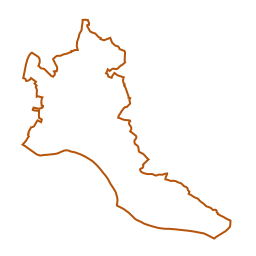 Campo De La Cruz, Atlántico, Colombia, rotated 93°
{"feature_id": "7082276B53254947845178", "entity_name": "Campo De La Cruz", "entity_type": "district", "adm_level": 2, "iso_a3": "COL", "parent_name": "Colombia", "parent_adm1": "Atlántico", "projection": "orthographic", "projection_center": [-74.896, 10.416], "detail": "fine", "context": "isolated", "style": "outline", "palette": "amber", "viewbox_px": 256, "rotation_deg": 93, "n_neighbors": 0, "source": "geoboundaries", "source_scale": "gbopen_adm2", "svg_char_len": 5822}
<svg xmlns="http://www.w3.org/2000/svg" viewBox="0 0 256 256"><g transform="rotate(93 128 128)"><path d="M83.7,235.2L83.9,234.1L84.3,233.1L85.9,232.3L86.3,232.2L86.3,231.7L86.1,230.7L85.7,229.8L85.0,228.8L84.6,228.3L83.2,227.5L86.7,222.3L87.6,222.9L88.5,223.7L90.5,221.4L91.9,222.3L93.9,221.3L95.0,220.9L95.7,220.9L96.9,221.0L101.5,220.8L101.0,219.9L101.9,215.1L102.7,215.5L103.6,215.7L104.4,215.8L107.4,215.9L109.5,215.4L110.2,215.4L110.4,215.3L110.5,215.1L110.4,214.9L110.2,214.4L110.2,214.2L110.4,214.0L111.0,214.0L111.7,214.3L112.5,215.0L112.8,215.8L112.8,216.6L113.0,216.9L113.5,217.3L112.6,223.4L114.9,224.1L115.1,223.7L115.4,221.9L115.6,217.7L119.1,217.7L121.5,217.5L122.5,217.4L124.0,214.5L126.7,215.1L125.1,218.8L131.1,221.9L131.8,222.8L132.5,224.9L137.0,227.0L137.3,227.0L139.4,227.4L139.4,227.2L140.2,227.5L141.6,226.6L142.5,227.3L146.3,229.3L150.1,232.4L151.4,229.9L159.0,218.0L159.8,215.8L160.1,214.2L159.3,210.2L159.1,208.2L157.9,200.4L157.1,197.1L154.5,191.9L153.8,190.2L153.6,189.1L153.5,187.6L153.7,186.2L154.0,185.0L154.5,183.8L155.1,179.6L156.8,174.0L158.9,169.1L161.8,163.7L163.1,161.6L164.2,160.2L166.4,157.6L170.2,153.8L172.1,152.1L173.8,150.7L176.2,148.4L178.7,146.3L180.3,145.2L184.6,142.6L189.1,139.3L191.0,138.0L192.5,137.1L194.0,136.4L196.5,135.7L197.5,135.3L199.0,135.0L200.5,134.7L202.8,134.8L206.0,135.1L208.5,129.4L209.3,127.8L212.6,122.8L216.7,118.0L218.3,116.3L219.5,114.2L220.9,110.5L222.7,106.8L223.8,103.1L225.6,95.7L226.2,92.3L226.5,89.6L226.7,85.9L226.5,82.0L226.7,75.3L227.5,61.3L228.0,56.4L229.3,46.7L231.4,41.6L233.9,36.2L231.7,33.6L226.0,25.3L224.4,23.7L222.0,21.5L221.3,21.1L219.4,20.8L215.1,20.8L213.4,25.1L211.8,28.0L210.6,31.1L210.0,32.1L209.8,32.2L209.7,33.0L209.3,33.8L208.3,33.9L208.1,34.0L207.9,34.6L207.7,34.9L206.9,35.1L206.3,35.1L205.7,35.3L205.5,35.5L205.0,36.9L205.1,37.3L205.4,38.1L205.3,38.8L205.2,39.1L204.8,39.6L203.5,41.2L203.2,41.7L203.0,42.8L202.6,43.5L202.4,44.8L202.1,45.5L201.8,46.1L200.6,47.4L199.1,49.3L199.1,49.5L198.3,50.7L197.0,52.5L196.1,53.4L195.2,54.0L193.4,58.6L191.7,61.4L191.0,63.1L190.5,64.0L188.4,63.3L187.9,63.8L187.6,64.3L187.0,64.8L185.9,65.3L185.0,65.5L184.6,65.8L183.8,67.1L183.0,69.3L182.7,69.6L182.3,70.0L181.4,70.9L180.7,71.8L180.3,72.4L180.2,73.3L179.7,74.8L179.6,75.4L178.7,77.2L178.6,77.5L178.4,78.9L178.4,80.1L178.5,82.2L178.6,82.8L177.9,84.8L177.6,86.2L177.3,88.0L175.2,87.8L172.6,86.7L171.4,86.6L171.7,88.3L172.0,89.3L172.7,90.7L172.8,91.3L172.9,92.9L172.9,94.7L173.2,95.6L173.7,96.4L174.0,97.5L173.7,98.9L172.7,101.3L172.7,101.8L172.7,102.8L173.0,105.1L172.8,107.3L172.6,108.6L171.8,111.1L171.4,112.0L170.5,113.1L169.2,113.7L168.8,113.8L168.5,113.7L168.3,113.6L167.9,113.2L167.7,112.5L167.1,111.4L166.7,111.1L165.9,110.8L165.1,110.7L164.4,110.9L163.8,111.1L158.3,105.9L158.0,106.4L157.3,107.1L156.2,108.3L154.3,110.1L153.0,111.6L152.7,112.4L152.6,112.8L152.2,113.3L151.9,114.2L151.6,115.1L151.4,115.4L150.7,115.9L150.3,116.1L147.8,116.4L146.7,116.7L145.9,117.1L145.4,117.5L144.4,118.7L143.7,120.0L143.4,120.3L141.9,120.8L140.8,120.9L139.8,120.7L139.2,120.3L138.8,119.9L137.8,119.4L137.4,119.2L136.7,119.1L136.2,119.2L135.5,119.6L135.2,119.8L134.3,121.2L133.2,122.7L132.9,123.2L132.3,124.0L131.3,125.7L130.5,125.2L129.1,124.7L128.8,124.7L127.9,124.7L127.0,125.0L126.2,125.4L125.0,126.5L123.7,127.2L122.2,127.1L121.7,126.9L121.1,126.2L120.5,126.5L120.3,127.3L120.3,127.9L120.2,128.3L120.2,129.8L120.0,132.7L119.5,134.2L118.7,136.4L118.2,138.4L116.9,138.1L116.0,137.7L113.4,136.2L111.5,135.3L110.2,134.3L108.5,133.3L108.1,132.8L108.0,132.5L107.6,132.3L107.3,132.0L107.2,131.5L107.2,130.8L107.0,130.2L106.5,129.7L105.8,129.2L104.5,128.0L104.2,127.7L103.8,127.4L103.5,127.1L99.8,128.1L98.1,127.4L97.8,129.1L96.5,129.1L95.6,129.4L93.6,130.3L88.2,132.5L86.9,133.2L85.7,133.6L84.5,133.7L84.5,133.8L84.8,134.1L84.4,134.1L83.4,134.7L81.6,135.4L80.7,135.4L78.2,135.2L77.9,135.2L77.6,135.0L75.9,141.3L73.7,144.4L76.6,146.3L78.7,147.0L77.6,150.4L75.1,151.3L74.5,152.8L72.6,151.9L70.5,151.3L70.7,151.0L71.3,150.2L72.0,149.2L70.2,147.3L69.7,146.4L69.5,145.9L69.8,143.2L69.8,142.7L69.6,142.1L69.3,141.7L68.5,140.8L66.0,138.5L65.9,138.4L65.8,137.8L65.7,137.5L64.9,136.7L62.6,134.3L61.7,134.7L60.5,134.9L57.2,134.9L53.4,134.9L52.6,134.9L52.0,135.1L51.3,135.6L51.0,136.1L50.7,137.3L50.4,138.0L50.1,139.2L49.8,140.3L49.5,140.6L48.2,141.2L47.6,141.6L47.1,142.1L46.9,142.8L46.6,144.1L46.3,145.1L46.0,145.6L45.1,146.6L44.2,147.5L43.7,148.3L38.9,150.4L41.6,156.5L40.7,160.1L39.6,159.9L38.8,162.1L35.6,165.4L35.2,166.0L34.5,169.0L33.9,169.8L33.8,170.4L33.7,170.8L32.9,171.3L31.8,172.1L29.6,173.2L28.9,173.9L28.2,174.1L27.5,174.1L27.2,173.9L27.0,173.1L27.1,172.4L26.2,172.3L24.9,172.5L22.9,173.6L22.6,173.8L22.3,173.8L22.3,174.6L22.1,175.6L22.4,179.0L24.3,178.9L25.3,179.0L26.8,179.1L28.2,179.3L32.9,179.5L34.7,180.5L36.6,181.4L37.8,181.7L39.1,181.8L41.0,182.3L44.9,183.4L46.5,183.3L47.9,183.5L49.0,183.4L52.7,182.3L52.7,183.3L52.9,184.4L53.0,185.3L53.2,185.9L53.6,186.2L54.0,187.2L54.0,188.6L55.2,188.6L55.7,190.5L56.5,191.9L57.1,193.4L57.4,194.4L57.5,194.8L57.9,196.4L58.6,197.6L59.1,198.5L59.3,198.8L59.3,199.3L59.6,200.5L59.6,202.2L59.8,202.9L60.0,203.2L61.1,204.5L61.8,205.1L62.3,205.7L62.5,206.0L62.9,206.3L63.7,206.2L64.9,205.4L67.5,204.1L70.1,202.4L71.0,202.0L71.4,201.9L72.6,201.8L74.2,202.0L74.5,202.0L75.2,201.8L75.4,201.6L75.2,202.1L74.7,202.6L75.4,204.9L76.6,204.0L77.0,203.9L78.1,203.9L78.8,204.0L79.1,204.3L80.7,205.6L79.7,207.9L79.1,208.3L78.6,208.7L77.8,209.9L76.1,211.7L73.6,214.5L73.2,215.3L73.1,217.0L72.9,217.9L72.3,218.8L71.7,219.4L71.1,219.8L70.9,219.9L70.7,220.7L68.1,219.9L66.8,219.6L64.5,219.8L63.3,220.1L62.9,220.3L61.7,221.3L61.4,221.7L61.2,222.1L60.2,223.7L59.1,225.8L57.8,227.9L57.9,228.1L58.4,228.7L58.9,229.2L60.5,230.3L61.1,230.7L65.0,232.1L69.8,233.2L83.7,235.2Z" fill="none" stroke="#b45309" stroke-width="2"/></g></svg>